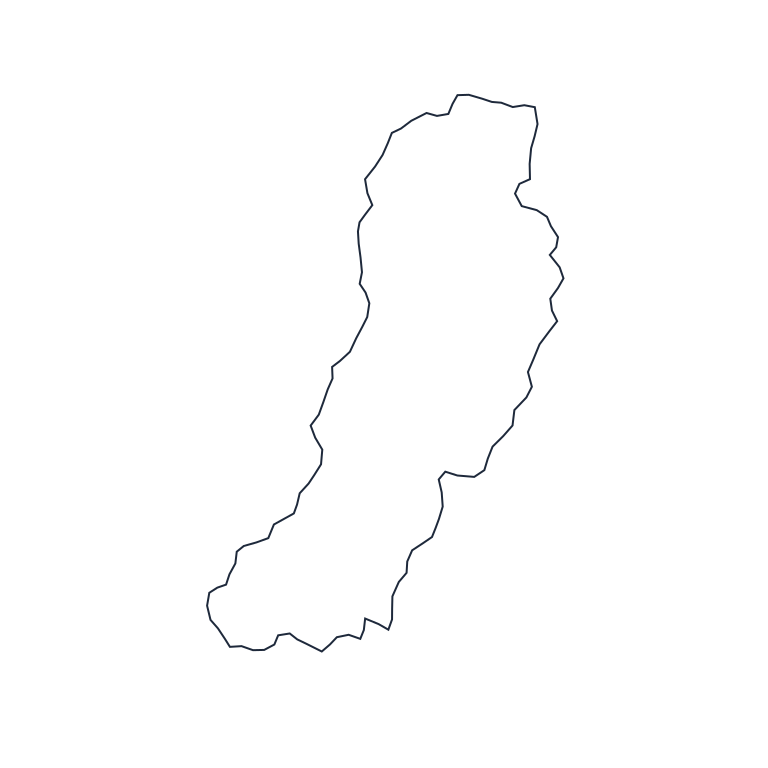 outline of Aracitaba, Minas Gerais, Brazil, rotated 331°
{"feature_id": "56859067B92579903887823", "entity_name": "Aracitaba", "entity_type": "district", "adm_level": 2, "iso_a3": "BRA", "parent_name": "Brazil", "parent_adm1": "Minas Gerais", "projection": "orthographic", "projection_center": [-43.409, -21.349], "detail": "fine", "context": "isolated", "style": "outline", "palette": "slate", "viewbox_px": 768, "rotation_deg": 331, "n_neighbors": 0, "source": "geoboundaries", "source_scale": "gbopen_adm2", "svg_char_len": 1750}
<svg xmlns="http://www.w3.org/2000/svg" viewBox="0 0 768 768"><g transform="rotate(331 384 384)"><path d="M650.1,215.0L641.9,208.2L630.9,204.2L622.9,194.8L615.1,189.6L608.1,182.0L598.4,172.2L588.3,167.0L579.8,172.2L571.2,179.0L560.3,175.2L552.6,167.6L535.5,167.0L522.7,168.8L512.6,168.2L504.1,175.2L493.8,183.0L481.6,189.5L466.7,195.7L462.0,209.1L460.5,221.9L449.6,226.7L441.0,230.7L435.2,237.9L429.9,249.0L424.8,262.0L418.9,275.6L411.3,284.6L412.2,295.1L410.3,306.3L401.8,317.3L392.7,323.5L381.9,330.5L369.8,339.3L356.6,342.5L346.9,343.9L341.7,354.2L332.2,361.4L322.2,370.4L312.1,379.2L299.7,384.8L297.8,397.6L298.2,411.5L290.0,423.7L278.7,429.9L269.8,434.5L257.3,438.7L249.5,447.3L242.4,453.5L233.3,453.5L219.6,453.5L208.1,462.7L195.6,460.7L182.8,457.7L173.9,459.3L167.0,468.9L156.6,475.5L148.6,482.9L139.5,481.3L130.0,481.9L121.8,492.1L117.9,506.2L120.3,517.2L121.3,529.8L121.8,539.2L132.3,544.2L140.4,553.3L150.3,558.5L161.8,558.7L169.6,552.5L180.6,556.5L184.3,565.3L190.1,573.5L199.9,587.8L210.5,585.6L220.0,582.6L231.5,586.2L239.7,595.4L247.1,589.4L253.8,580.0L262.9,591.4L268.7,601.0L276.9,593.8L282.1,584.6L288.4,573.8L301.0,564.3L312.2,560.1L318.3,550.5L328.0,543.1L341.2,542.1L351.8,541.1L359.4,534.9L366.6,528.7L375.9,519.7L381.9,506.8L385.6,494.0L395.1,490.4L403.8,499.6L417.9,509.0L430.0,508.0L438.6,499.6L448.6,491.4L462.9,487.4L476.3,482.6L485.4,470.0L502.0,464.8L512.0,458.1L515.7,443.3L526.3,435.1L539.3,424.7L554.0,418.1L565.9,413.0L566.5,401.2L570.8,390.0L582.7,384.4L592.2,378.6L594.2,367.1L591.6,351.5L600.9,347.9L607.4,339.9L606.5,326.9L607.6,316.8L601.9,306.0L590.7,295.2L590.9,281.0L599.5,274.6L611.0,275.6L618.1,262.1L627.0,249.1L635.7,240.5L644.3,231.1L650.1,215.0Z" fill="none" stroke="#1e293b" stroke-width="2"/></g></svg>